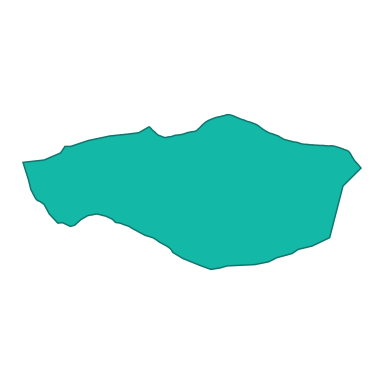 Yorke Hill, Castries, Saint Lucia (Albers equal-area conic projection)
{"feature_id": "8701671B255319431107", "entity_name": "Yorke Hill", "entity_type": "district", "adm_level": 2, "iso_a3": "LCA", "parent_name": "Saint Lucia", "parent_adm1": "Castries", "projection": "albers", "projection_center": [-60.979, 14.017], "detail": "fine", "context": "isolated", "style": "filled", "palette": "teal", "viewbox_px": 384, "rotation_deg": 0, "n_neighbors": 0, "source": "geoboundaries", "source_scale": "gbopen_adm2", "svg_char_len": 2542}
<svg xmlns="http://www.w3.org/2000/svg" viewBox="0 0 384 384"><path d="M210.9,269.4L219.9,268.0L227.3,265.9L254.7,264.6L259.8,263.6L268.7,261.8L276.8,257.7L292.1,253.5L298.2,249.4L312.2,246.0L329.6,237.7L343.0,186.0L361.0,168.1L358.8,165.4L357.2,163.5L355.7,162.0L354.2,160.2L353.2,158.4L352.4,157.3L350.2,153.3L348.6,151.4L347.1,150.5L344.2,149.5L342.5,148.8L340.7,148.1L336.2,146.7L333.6,146.0L332.1,145.8L330.1,145.8L328.3,146.0L325.5,145.7L322.9,145.4L320.0,145.4L317.0,145.2L315.1,145.1L312.7,144.9L310.8,144.9L309.2,144.6L307.2,144.4L305.0,144.3L302.2,144.0L296.9,142.3L293.7,141.9L285.8,139.9L283.9,139.3L282.9,138.7L280.6,137.5L278.5,136.1L276.1,135.2L273.7,134.3L272.2,133.8L269.8,133.1L268.3,132.4L267.1,131.8L266.1,131.2L265.4,130.8L263.6,129.7L262.2,128.7L261.1,127.9L258.9,126.2L257.2,125.0L255.2,124.0L254.0,123.6L251.7,122.7L249.7,122.0L247.2,121.4L243.8,120.0L241.3,119.3L238.8,118.2L235.9,117.0L233.2,115.8L230.6,115.0L228.0,114.6L226.0,114.9L224.6,115.5L222.8,115.9L221.7,116.1L219.6,116.8L218.3,116.9L216.3,117.4L214.6,118.0L213.0,118.5L210.7,119.5L209.0,120.2L207.5,121.0L205.8,122.0L204.4,123.2L202.3,125.0L199.7,127.8L198.4,128.9L196.6,130.6L194.9,131.3L193.3,131.6L191.7,131.7L190.6,132.0L188.5,132.4L186.6,132.9L184.7,133.6L182.8,134.2L181.5,134.5L179.6,134.8L178.0,135.0L175.1,135.3L173.4,135.9L170.4,136.8L168.0,136.9L166.2,137.5L164.6,137.5L162.7,136.9L161.4,136.3L159.1,135.5L157.2,134.5L155.1,132.3L153.0,130.6L151.9,129.5L150.5,127.9L149.1,126.8L138.8,132.7L128.7,134.0L109.8,136.0L88.4,140.5L70.7,146.4L65.0,146.4L60.6,152.9L44.2,160.0L23.0,162.4L26.0,171.9L28.4,179.5L30.9,189.6L35.5,198.4L37.4,200.5L38.0,200.7L40.0,201.5L44.1,204.4L49.3,214.0L57.8,223.1L62.6,222.7L70.3,226.4L74.7,225.2L81.2,219.4L87.6,215.7L90.9,215.0L92.8,214.8L94.7,214.2L97.0,214.0L99.5,214.6L101.0,214.9L102.1,215.3L103.5,215.6L104.4,215.8L105.9,216.2L108.1,217.2L108.7,217.5L110.1,218.1L111.8,219.0L112.9,219.7L113.9,220.8L114.7,221.7L115.6,222.4L117.0,222.7L118.7,222.9L119.4,223.0L120.8,223.4L122.1,223.9L123.3,224.4L124.5,224.8L125.2,225.0L127.9,226.0L129.6,226.7L130.3,227.2L132.1,228.3L133.6,229.1L134.5,229.7L136.0,230.4L137.6,231.3L138.9,232.1L140.4,232.8L141.6,233.4L142.7,234.1L145.5,235.5L147.7,236.1L150.6,237.0L152.9,237.7L154.7,238.8L156.2,239.7L157.7,240.8L159.1,241.9L160.3,242.6L162.0,243.5L163.5,244.3L164.8,245.0L166.1,245.7L167.7,246.7L169.1,247.7L170.3,248.6L171.0,249.4L171.4,250.0L172.0,251.0L172.4,251.6L172.6,252.3L182.9,258.5L200.2,265.5L210.9,269.4Z" fill="#14b8a6" stroke="#0f766e" stroke-width="1.5"/></svg>